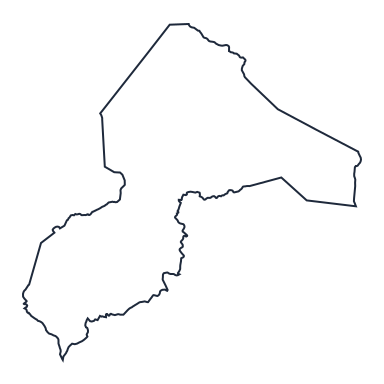 outline of San Miguel Ixitlán, Puebla, Mexico
{"feature_id": "50627088B6450542910055", "entity_name": "San Miguel Ixitlán", "entity_type": "district", "adm_level": 2, "iso_a3": "MEX", "parent_name": "Mexico", "parent_adm1": "Puebla", "projection": "mercator", "projection_center": [-97.779, 18.007], "detail": "fine", "context": "isolated", "style": "outline", "palette": "slate", "viewbox_px": 384, "rotation_deg": 0, "n_neighbors": 0, "source": "geoboundaries", "source_scale": "gbopen_adm2", "svg_char_len": 5920}
<svg xmlns="http://www.w3.org/2000/svg" viewBox="0 0 384 384"><path d="M100.2,113.4L101.3,115.2L102.2,118.0L102.2,119.6L104.8,166.7L114.2,172.2L117.2,172.4L120.0,172.5L122.4,174.7L124.7,180.4L124.8,184.8L124.1,185.6L121.2,188.4L120.5,190.1L120.7,193.1L119.9,199.5L117.1,202.0L115.9,202.2L115.2,202.2L114.6,201.9L113.4,202.0L112.6,201.7L108.6,202.5L106.6,204.5L105.6,204.9L104.8,205.7L103.8,206.2L102.2,206.8L100.3,208.1L98.1,209.3L96.4,210.0L95.3,210.7L94.7,210.8L94.0,211.2L93.8,211.4L93.2,211.7L92.4,211.8L90.5,214.3L89.8,214.8L89.3,215.0L88.6,214.9L88.3,214.8L88.1,214.4L87.9,214.3L87.7,214.3L87.3,214.3L86.6,214.8L85.7,215.1L85.0,215.0L83.1,215.1L81.5,215.1L81.2,214.9L80.4,214.1L79.2,213.8L77.8,214.3L76.3,214.4L75.3,214.0L74.0,215.3L72.6,215.0L70.8,215.4L69.5,217.5L68.6,218.2L67.9,219.8L66.9,220.3L64.9,224.7L64.4,225.7L59.9,228.4L59.2,227.2L58.8,226.9L57.6,226.6L56.1,226.8L54.8,227.5L53.5,228.5L52.7,229.7L52.9,230.7L54.4,232.7L41.0,243.0L29.1,284.7L28.4,285.1L25.5,289.6L24.3,290.7L23.6,291.9L23.0,293.9L23.1,296.7L24.3,298.5L26.6,301.0L26.6,301.4L25.5,302.4L24.0,303.5L23.8,303.8L24.1,304.1L26.1,304.3L26.8,304.9L27.2,305.6L26.8,306.8L25.2,307.8L24.5,308.4L25.6,308.9L26.2,309.4L26.6,310.1L26.9,311.7L27.5,312.5L28.5,313.2L28.8,312.9L29.1,313.2L29.6,313.9L30.0,314.2L31.2,315.9L34.7,318.4L36.3,319.4L36.7,319.5L37.9,320.8L39.7,321.3L41.2,322.1L42.4,323.0L43.6,324.7L44.5,326.0L45.6,328.1L46.1,330.3L46.6,330.8L47.4,332.0L49.1,333.6L51.5,334.3L52.5,334.8L53.3,335.3L55.4,336.0L56.5,336.8L57.3,337.8L57.8,338.2L58.4,339.4L58.5,340.8L58.5,343.6L59.6,346.9L59.8,347.8L60.6,349.9L60.7,351.5L60.2,353.5L60.0,354.3L62.2,359.0L62.8,360.0L63.4,356.5L65.1,354.3L65.7,353.5L66.2,352.8L66.5,351.9L66.9,351.4L67.4,350.3L67.7,349.2L68.6,347.1L70.0,345.6L72.1,343.7L74.8,344.2L77.1,343.6L79.3,342.4L82.0,341.2L84.0,339.8L86.4,337.7L87.4,336.6L86.8,335.1L86.7,334.4L87.9,332.2L88.0,330.7L87.7,329.2L87.2,327.9L86.0,327.3L85.8,326.6L85.3,325.7L85.4,324.3L85.7,322.8L86.4,321.4L86.6,320.4L87.7,318.4L90.1,321.2L91.8,321.5L93.9,320.9L95.2,319.4L97.6,320.1L100.0,315.9L101.3,316.6L101.6,316.4L102.6,316.4L103.6,316.8L106.0,317.2L105.9,314.8L106.1,314.3L106.5,314.0L107.1,314.0L107.7,314.6L108.2,315.4L108.9,315.7L109.4,315.5L110.2,314.1L110.9,313.8L111.4,314.0L112.0,314.4L114.9,315.1L117.9,314.2L118.7,314.2L120.3,314.7L123.4,314.7L127.7,310.1L129.2,308.7L130.4,307.9L131.8,307.3L132.8,306.5L134.0,305.8L135.2,305.0L136.6,304.2L139.2,302.5L140.2,302.1L141.5,302.0L144.7,301.4L147.2,302.1L148.1,302.1L150.5,298.8L151.4,297.7L153.0,295.4L153.7,295.1L154.6,295.3L157.3,296.0L158.0,295.7L159.2,294.6L159.8,293.2L160.0,291.8L160.4,291.0L161.0,290.5L162.3,289.8L165.0,289.6L165.7,290.0L166.4,290.5L167.2,290.8L167.5,290.3L167.6,289.9L165.6,285.5L162.7,279.7L162.7,279.0L162.9,277.0L162.9,275.9L163.0,274.6L163.4,273.8L163.7,273.3L164.2,273.1L167.1,272.5L167.7,272.6L169.0,273.5L170.5,274.0L173.3,274.0L174.3,274.3L175.2,275.0L176.5,275.4L177.8,275.2L179.4,274.3L178.0,273.6L177.9,273.1L179.1,271.4L180.1,269.3L180.2,268.5L180.2,266.8L180.3,265.1L181.0,261.2L181.2,258.3L183.0,257.4L183.5,257.0L183.8,256.5L183.9,255.9L183.7,255.4L181.7,253.2L180.5,251.6L179.9,250.7L179.6,249.9L179.7,249.2L180.0,248.8L180.9,248.0L181.5,247.6L182.0,247.4L182.4,247.1L182.7,246.8L182.8,246.4L182.7,244.9L182.4,244.3L180.9,242.3L180.8,242.0L180.9,241.6L181.2,241.1L182.3,240.0L183.1,238.8L183.2,238.3L183.3,237.7L183.2,237.2L183.4,236.6L183.6,236.2L184.0,235.9L184.5,235.8L185.0,235.9L186.0,236.5L186.3,236.5L187.1,236.0L187.2,235.7L186.8,235.0L184.0,232.5L182.7,231.6L182.6,231.1L182.6,230.6L182.8,230.2L183.8,228.7L184.4,227.4L184.5,226.7L184.4,225.9L184.0,225.0L183.5,224.3L183.0,224.1L180.4,223.5L179.5,223.1L178.6,222.4L178.1,221.7L177.8,220.8L177.4,220.1L175.2,217.8L175.0,217.3L175.1,216.9L175.5,216.3L176.8,215.1L177.1,214.6L177.1,213.9L176.9,213.4L177.6,213.1L178.3,212.6L178.4,212.2L178.3,211.9L178.0,211.6L177.6,211.2L177.8,210.5L178.4,209.9L179.4,206.5L180.8,202.9L179.2,201.4L178.8,200.7L178.8,199.8L181.4,200.0L181.9,199.0L181.8,198.3L182.3,196.7L182.6,196.3L182.9,195.6L183.4,194.7L185.9,195.1L186.8,194.5L186.9,194.2L186.7,193.4L186.8,193.0L187.0,192.6L187.4,192.4L188.6,192.0L190.4,191.7L192.0,191.9L195.4,192.6L197.2,191.9L199.6,192.7L199.8,193.5L199.9,194.6L199.7,196.3L200.1,196.5L200.7,196.6L202.4,197.6L203.3,198.8L204.2,199.7L204.7,199.7L205.5,199.4L206.2,198.7L207.1,198.1L207.7,197.8L209.9,197.9L210.7,197.7L211.3,197.1L212.3,196.5L213.3,196.2L214.2,196.2L215.4,197.1L215.8,197.8L216.7,198.0L218.3,196.2L219.4,195.9L220.3,196.1L221.0,196.3L221.6,195.7L222.7,195.3L223.6,195.4L225.3,194.1L227.3,193.3L227.6,192.2L228.3,191.4L228.5,190.9L229.2,190.2L230.2,190.1L231.7,190.3L232.5,190.6L233.2,191.6L233.5,192.2L234.2,192.4L235.5,192.1L238.5,191.4L239.5,190.6L240.0,190.0L241.4,189.0L242.2,187.9L242.7,187.0L243.1,186.6L244.2,186.4L245.0,186.4L246.6,186.1L248.1,186.0L249.5,186.1L281.3,177.5L306.7,200.4L355.9,206.3L354.7,203.1L353.9,201.3L354.1,197.9L355.2,186.1L355.1,182.6L355.3,179.7L355.0,178.4L354.2,176.1L354.2,173.7L354.5,171.9L354.9,167.2L355.8,166.0L356.5,166.1L357.6,165.7L358.6,164.3L360.1,162.6L360.7,161.1L361.0,159.6L360.7,157.6L359.8,155.9L358.4,152.9L358.2,151.7L316.4,129.8L277.8,109.2L251.0,83.6L244.9,77.2L244.3,76.0L244.1,74.4L241.8,70.2L241.9,68.5L242.7,65.9L244.3,64.1L244.4,62.9L244.7,61.9L245.2,61.4L245.5,60.5L245.3,59.7L242.9,57.4L242.0,57.6L241.2,57.6L240.3,57.4L239.7,56.9L239.1,55.6L236.7,53.7L233.9,53.4L233.4,52.8L232.2,52.4L230.7,52.2L229.7,51.4L229.0,51.1L229.1,47.2L228.8,46.3L228.1,45.7L227.2,45.2L226.0,45.0L222.5,45.7L221.2,45.6L218.5,45.0L217.4,44.3L216.4,43.9L215.7,43.3L214.5,42.2L212.9,41.8L210.4,41.5L209.2,41.1L208.3,40.3L207.8,39.4L206.5,38.3L204.2,37.7L203.5,37.2L201.3,33.5L199.8,31.6L199.4,30.8L197.9,30.6L194.2,27.8L191.6,27.3L190.6,26.8L190.0,26.4L189.3,25.5L188.8,24.6L188.7,24.0L169.7,24.7L148.0,52.6L102.6,110.4L100.2,113.4Z" fill="none" stroke="#1e293b" stroke-width="2"/></svg>